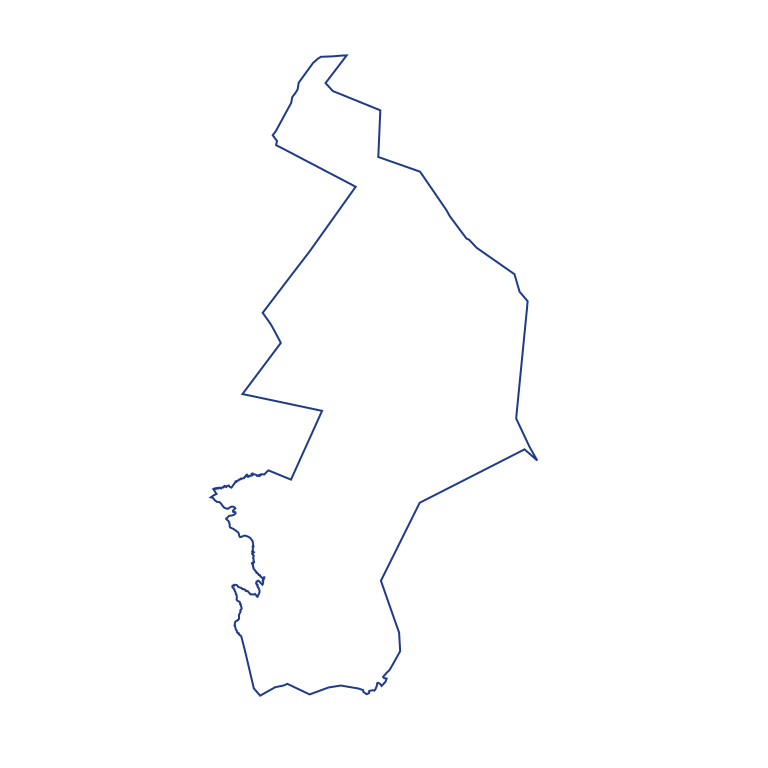 Magdalena Tequisistlán, Oaxaca, Mexico (Robinson projection), rotated 6°
{"feature_id": "50627088B13357579545804", "entity_name": "Magdalena Tequisistlán", "entity_type": "district", "adm_level": 2, "iso_a3": "MEX", "parent_name": "Mexico", "parent_adm1": "Oaxaca", "projection": "robinson", "projection_center": [-95.732, 16.362], "detail": "fine", "context": "isolated", "style": "outline", "palette": "blue", "viewbox_px": 768, "rotation_deg": 6, "n_neighbors": 0, "source": "geoboundaries", "source_scale": "gbopen_adm2", "svg_char_len": 5924}
<svg xmlns="http://www.w3.org/2000/svg" viewBox="0 0 768 768"><g transform="rotate(6 384 384)"><path d="M293.4,706.9L307.5,696.9L315.2,694.5L315.4,694.5L319.2,692.3L342.5,700.5L360.6,691.6L372.6,688.4L390.3,689.5L395.2,690.6L395.3,691.0L395.7,692.4L399.2,694.3L401.4,693.0L401.4,690.8L404.7,689.7L406.4,690.0L407.3,688.8L408.4,684.7L408.6,682.1L409.6,681.7L411.9,683.0L413.1,684.5L416.5,680.2L417.4,676.7L414.8,676.5L413.7,675.4L416.7,671.1L419.5,667.7L423.0,659.8L428.0,648.0L425.0,629.6L419.8,618.8L401.5,580.0L431.9,498.4L490.9,460.1L530.6,434.3L544.4,444.1L535.3,431.3L519.1,404.6L519.0,402.3L518.3,292.5L518.2,288.0L518.2,286.8L518.2,286.7L512.5,281.2L509.2,278.1L507.6,274.2L502.3,261.2L473.9,245.5L461.8,238.8L453.5,231.6L450.8,230.7L444.0,223.4L431.7,210.0L428.1,204.8L397.7,169.1L365.4,161.4L357.2,159.4L354.6,158.9L352.0,116.5L351.7,112.2L343.4,109.8L302.5,98.0L294.4,90.8L309.6,65.9L312.5,61.1L309.5,61.5L306.0,62.1L298.8,63.5L287.0,65.2L286.2,65.9L284.3,67.3L279.9,72.1L267.7,93.2L267.3,100.1L265.6,103.7L262.8,108.2L262.3,114.2L257.7,125.2L250.0,143.8L247.3,148.2L252.2,153.5L251.7,157.7L259.4,160.7L335.2,190.8L296.1,260.0L281.5,283.8L255.9,325.9L264.1,335.2L265.5,336.9L267.5,339.7L277.1,353.9L244.3,408.8L249.3,409.3L325.2,417.2L301.5,488.8L278.1,482.0L276.9,483.2L274.4,486.5L273.0,486.4L270.9,486.8L270.1,487.2L270.8,487.6L269.6,488.6L268.9,488.4L267.5,488.7L267.1,488.0L265.6,487.5L264.7,487.4L263.6,487.6L263.2,487.4L262.7,486.7L261.7,487.3L261.9,487.9L262.3,488.7L261.2,489.2L259.3,489.4L259.4,490.2L258.7,490.5L257.9,490.3L257.8,489.4L257.1,488.5L256.2,489.4L255.7,490.9L255.0,491.1L254.7,492.2L253.7,492.6L252.7,492.8L252.1,493.3L251.9,492.9L251.5,493.0L251.0,493.9L249.9,494.1L249.4,495.2L248.5,495.4L247.6,495.8L247.5,496.7L246.4,496.6L246.3,497.4L245.6,498.6L244.7,500.2L243.1,503.0L242.8,502.9L242.1,502.7L241.1,502.3L240.3,501.2L239.9,501.4L239.4,501.7L238.8,501.7L238.3,502.3L238.0,502.4L237.8,502.9L237.3,502.7L236.9,502.1L236.1,502.0L236.1,502.8L235.1,503.1L235.0,503.6L234.6,503.5L234.1,503.7L233.6,504.2L233.1,504.3L232.8,505.0L232.2,504.8L232.2,504.4L231.3,504.2L230.7,504.5L230.1,505.3L229.5,505.1L229.2,505.3L228.9,504.8L228.3,505.1L228.3,505.6L227.2,506.0L226.9,505.4L226.3,505.6L226.0,506.2L225.3,506.4L228.9,510.9L227.7,511.6L226.7,512.2L223.6,514.8L225.7,515.1L227.0,516.4L228.4,517.7L230.6,518.8L232.7,518.6L234.8,520.3L236.1,521.9L237.6,523.4L239.8,524.3L241.9,524.4L243.5,522.9L245.2,521.9L247.0,521.8L248.6,522.5L249.1,523.3L248.1,524.3L247.4,525.2L247.1,525.9L247.1,526.3L247.2,526.7L247.5,527.0L247.9,527.1L248.4,526.9L249.0,526.8L249.6,527.1L249.9,527.8L249.5,528.7L248.6,529.6L247.4,530.3L246.3,530.7L245.5,530.8L244.6,531.1L243.7,531.3L243.0,532.2L242.6,532.8L242.2,533.3L241.7,533.8L241.1,534.2L241.1,534.6L241.6,535.0L242.3,535.5L243.7,536.7L244.4,537.7L245.0,539.0L245.2,540.5L245.5,542.2L246.1,542.8L248.6,543.6L250.0,544.2L254.5,546.8L255.3,548.2L255.7,549.4L256.1,550.5L256.8,551.3L257.3,551.3L258.1,550.9L258.9,550.5L259.7,550.0L260.6,549.6L261.4,549.3L263.1,549.6L264.5,549.9L265.5,550.4L266.8,550.9L267.5,551.4L268.1,552.2L268.7,552.9L269.4,553.6L269.6,553.6L269.7,553.8L269.8,554.5L270.4,556.1L270.6,557.2L270.6,557.9L270.7,558.3L270.9,558.5L271.2,558.9L271.2,559.1L270.7,559.0L270.4,559.2L270.4,559.5L270.5,559.9L270.6,560.4L270.7,561.0L270.8,561.5L270.9,562.4L270.8,562.8L271.0,563.3L270.8,563.6L270.5,564.0L270.4,564.3L270.3,564.6L270.4,564.8L270.9,564.8L271.4,564.8L272.0,564.7L272.3,564.9L272.0,565.3L270.8,566.1L270.6,566.4L270.6,566.6L270.8,566.9L271.1,567.3L271.7,567.5L271.8,568.0L272.2,568.3L272.5,568.6L272.4,569.0L272.1,569.8L272.0,570.5L272.4,570.9L272.3,571.4L272.5,571.8L272.7,572.6L272.8,573.4L273.3,574.2L273.4,574.8L273.4,575.0L273.0,575.1L272.6,575.4L272.1,575.3L271.8,575.5L271.7,575.9L271.3,576.2L271.4,576.4L272.4,576.8L272.6,577.2L272.4,577.9L272.8,578.6L272.9,579.4L273.3,579.8L273.2,580.4L273.7,581.4L274.5,582.2L275.4,582.9L275.9,583.8L276.6,584.0L276.9,585.2L277.3,585.3L277.9,585.3L278.6,585.8L278.9,586.2L279.0,586.7L279.6,587.1L280.1,587.0L280.6,587.1L280.8,587.4L281.1,587.9L281.2,588.4L281.5,588.6L282.0,588.6L282.3,588.9L282.8,589.4L283.7,589.8L284.5,589.6L284.8,589.4L284.9,589.0L285.0,588.7L285.3,588.8L285.2,589.3L284.8,589.8L284.8,590.7L284.7,591.3L284.0,591.5L283.8,592.0L284.0,592.6L284.6,593.4L284.6,594.0L284.4,594.7L284.4,595.6L284.1,596.4L283.9,596.3L283.4,595.7L282.0,594.6L281.0,593.8L280.5,593.3L279.9,592.9L279.5,592.7L279.0,592.9L278.4,593.4L278.2,593.9L278.1,594.2L277.8,594.3L277.7,595.7L278.4,596.4L278.4,596.8L279.2,596.9L279.3,598.6L280.0,599.2L280.1,599.6L280.5,599.7L280.7,600.6L281.3,601.2L281.6,601.8L282.0,604.2L280.5,608.8L279.6,608.5L279.4,607.8L278.3,606.9L277.6,606.3L277.3,606.6L277.1,606.8L275.5,607.1L274.9,606.9L273.6,607.1L272.9,607.0L272.3,606.1L271.1,605.4L270.6,604.6L269.9,604.2L268.1,604.2L267.7,603.3L266.4,603.0L265.8,602.6L264.6,602.8L264.0,602.0L262.7,601.6L260.8,601.2L260.0,600.8L259.3,599.7L257.9,599.3L256.7,599.3L256.0,599.4L256.0,600.2L254.8,600.2L254.4,600.4L254.4,601.9L255.4,602.8L255.9,602.9L256.3,603.9L256.9,604.2L257.0,604.4L257.1,605.3L257.8,606.0L258.4,607.4L258.7,608.6L259.5,609.2L259.5,609.5L259.6,610.1L260.0,611.8L260.0,612.5L259.9,612.9L259.9,613.9L261.2,615.0L262.2,615.4L262.8,615.6L263.3,615.8L263.6,616.6L264.0,618.1L264.6,618.1L264.7,618.9L265.0,619.9L265.2,620.3L265.5,620.7L265.9,622.4L265.6,622.9L264.7,624.1L265.2,625.3L265.1,625.6L264.1,628.1L263.9,629.2L264.1,630.2L264.2,631.2L264.3,632.1L264.1,633.3L263.8,633.7L263.3,633.9L263.0,634.5L262.4,634.7L261.2,635.7L260.9,636.8L260.7,637.5L260.7,638.5L261.0,639.4L260.6,639.8L261.6,641.5L262.0,642.8L262.1,643.2L262.5,643.8L263.6,645.1L263.6,645.6L263.8,646.1L264.0,646.4L264.4,646.6L264.4,646.8L264.8,647.1L265.6,647.1L265.8,648.0L266.1,648.3L266.8,648.9L267.3,649.0L267.5,649.2L267.9,649.3L268.4,650.1L268.6,650.3L273.9,664.6L286.3,700.2L293.4,706.9Z" fill="none" stroke="#1e3a8a" stroke-width="2"/></g></svg>